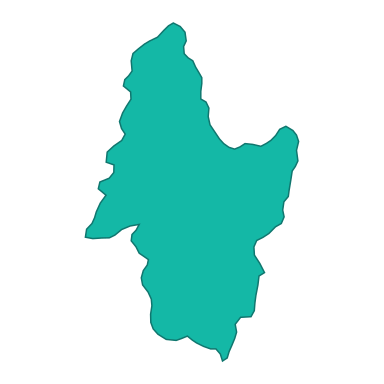 São João do Oriente, Minas Gerais, Brazil
{"feature_id": "56859067B69019136303684", "entity_name": "São João do Oriente", "entity_type": "district", "adm_level": 2, "iso_a3": "BRA", "parent_name": "Brazil", "parent_adm1": "Minas Gerais", "projection": "orthographic", "projection_center": [-42.171, -19.35], "detail": "fine", "context": "isolated", "style": "filled", "palette": "teal", "viewbox_px": 384, "rotation_deg": 0, "n_neighbors": 0, "source": "geoboundaries", "source_scale": "gbopen_adm2", "svg_char_len": 1764}
<svg xmlns="http://www.w3.org/2000/svg" viewBox="0 0 384 384"><path d="M290.7,180.7L292.2,171.0L295.3,166.5L297.9,160.9L296.5,150.3L298.6,141.5L296.5,135.1L292.9,130.5L285.9,126.3L279.7,129.3L275.7,135.5L271.0,140.3L266.4,143.4L260.9,146.3L252.7,144.4L245.0,143.6L240.0,146.9L234.6,149.1L228.9,147.3L223.7,143.6L219.5,139.0L215.5,133.0L210.0,124.8L208.2,116.6L208.9,108.1L206.0,102.0L200.8,99.0L200.8,91.4L201.8,83.5L201.8,77.7L198.9,72.6L195.6,67.1L192.8,60.8L188.2,57.9L184.2,53.7L183.6,46.5L186.2,40.9L185.0,32.2L180.2,26.5L173.3,23.0L168.5,25.8L163.9,30.3L157.5,37.2L149.8,40.9L144.6,44.0L138.7,48.6L133.0,53.5L131.2,60.8L132.1,71.0L128.6,75.9L124.8,79.6L123.4,86.0L130.6,91.9L131.0,99.2L126.6,106.0L122.6,113.0L119.5,121.5L121.5,128.5L125.2,134.1L121.7,140.5L113.8,146.0L107.2,152.1L106.2,162.2L114.0,164.9L113.8,172.5L109.2,178.2L99.9,182.0L98.3,188.8L106.0,195.2L100.3,203.1L96.3,211.9L94.6,217.7L92.0,223.5L86.6,229.2L85.4,237.2L92.8,238.6L101.4,238.0L109.4,237.8L114.9,235.1L121.7,229.5L130.1,226.0L139.2,224.4L136.1,230.2L132.0,234.5L131.2,240.8L136.0,246.8L139.2,253.2L143.6,256.2L148.4,259.6L147.3,265.0L143.3,270.6L141.3,277.8L142.6,284.9L148.1,292.1L151.3,299.1L151.9,305.8L150.6,314.2L150.8,322.4L153.2,328.9L157.9,334.2L166.2,339.4L176.2,340.4L181.3,338.6L187.4,336.1L192.2,340.0L196.5,342.9L203.6,346.4L210.6,348.9L215.9,348.9L220.3,354.0L222.5,361.0L227.2,358.0L229.1,351.6L231.8,345.5L234.7,338.5L236.6,332.1L235.2,324.3L240.6,317.3L251.0,316.7L254.3,310.7L254.9,303.0L255.9,295.4L257.9,285.1L259.0,276.0L264.5,272.6L259.9,263.6L254.4,255.1L253.9,246.9L256.7,240.5L262.9,237.4L268.9,233.5L275.5,226.8L281.3,223.5L284.1,216.9L282.7,210.1L283.9,201.8L288.3,196.5L289.1,190.4L290.7,180.7Z" fill="#14b8a6" stroke="#0f766e" stroke-width="1.5"/></svg>